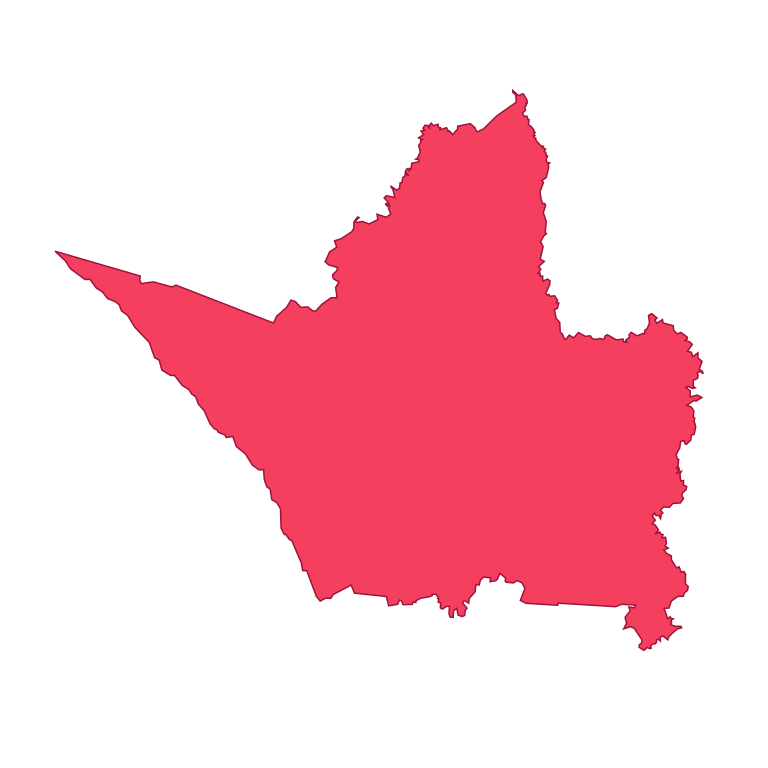 Ozuluama de Mascareñas, Veracruz, Mexico (Robinson projection), rotated 176°
{"feature_id": "50627088B92506226945560", "entity_name": "Ozuluama de Mascareñas", "entity_type": "district", "adm_level": 2, "iso_a3": "MEX", "parent_name": "Mexico", "parent_adm1": "Veracruz", "projection": "robinson", "projection_center": [-97.902, 21.699], "detail": "fine", "context": "isolated", "style": "filled", "palette": "rose", "viewbox_px": 768, "rotation_deg": 176, "n_neighbors": 0, "source": "geoboundaries", "source_scale": "gbopen_adm2", "svg_char_len": 6091}
<svg xmlns="http://www.w3.org/2000/svg" viewBox="0 0 768 768"><g transform="rotate(176 384 384)"><path d="M252.9,643.5L267.0,631.5L272.5,629.3L274.1,629.5L275.4,633.3L279.8,637.7L292.5,636.1L292.7,633.3L298.1,628.0L301.3,632.2L302.3,631.5L303.7,635.3L310.7,633.7L309.8,635.7L312.0,636.5L311.9,639.3L316.7,638.3L318.7,640.9L320.7,638.9L320.8,636.3L322.6,639.0L325.2,639.2L327.3,636.3L325.8,634.2L329.5,633.8L327.2,630.0L332.4,627.1L328.9,625.3L330.4,625.1L330.6,622.2L332.8,619.5L331.7,612.7L334.8,607.0L336.6,606.2L333.8,605.5L333.6,603.3L340.9,602.3L342.0,596.5L343.4,597.2L344.2,595.2L345.2,597.3L346.8,596.5L348.0,594.0L344.6,590.0L348.2,592.2L348.9,589.5L350.7,588.9L352.2,583.5L353.9,583.6L354.9,578.2L357.7,576.5L363.7,581.1L361.5,577.2L360.2,569.3L368.6,571.7L370.9,569.5L366.7,564.6L367.1,562.7L368.7,564.2L369.9,563.4L368.1,560.9L367.1,562.1L365.8,561.3L367.2,558.6L365.4,552.9L370.2,550.2L379.1,553.9L378.7,548.4L387.8,544.7L394.3,547.7L400.6,547.0L400.9,548.9L397.2,551.8L398.8,552.4L402.7,547.7L403.3,541.3L405.6,538.1L416.9,531.8L423.4,530.3L421.6,523.8L429.0,519.6L434.2,510.0L430.9,506.7L422.2,503.4L423.2,500.4L427.7,496.5L427.2,492.5L421.8,489.0L425.5,483.6L424.8,473.4L430.9,473.7L440.6,467.7L447.1,461.4L450.3,462.1L454.6,466.2L461.7,466.3L466.6,472.4L471.0,474.2L475.8,467.2L486.4,459.1L489.9,452.5L584.6,497.1L588.8,495.6L607.0,502.0L619.2,501.1L620.4,504.8L619.6,508.7L702.9,539.4L693.1,528.8L688.7,520.8L675.0,509.1L670.0,508.9L664.2,499.7L658.3,495.4L653.9,488.6L645.9,484.6L642.6,481.4L640.8,475.3L635.0,470.4L628.7,458.1L615.2,441.8L611.0,426.3L606.6,423.5L604.6,413.4L596.4,407.5L592.3,407.1L585.4,396.7L578.9,391.9L576.7,387.6L572.8,384.4L570.6,377.0L565.2,369.8L560.3,356.5L556.5,351.3L553.9,350.0L552.6,347.4L546.3,344.3L545.1,341.7L538.5,342.1L535.5,331.7L527.0,323.8L521.0,312.3L514.6,307.0L510.1,307.0L510.1,297.1L508.1,289.7L504.9,287.1L504.0,276.5L499.3,273.3L496.0,266.7L496.7,247.4L493.9,240.8L492.4,240.7L489.3,235.6L486.8,234.0L478.8,210.8L478.2,203.5L474.1,203.2L466.3,176.9L462.8,171.9L457.0,174.5L452.2,173.8L449.4,177.5L430.8,185.7L428.0,177.4L396.5,171.9L394.8,162.4L385.8,163.3L383.6,167.4L381.6,166.4L380.4,162.5L371.1,162.2L370.5,164.5L367.4,163.9L367.3,165.6L362.6,167.6L353.8,168.6L350.5,169.7L350.5,171.0L346.7,170.5L344.9,167.3L345.5,166.2L344.2,165.8L345.2,162.7L342.8,161.6L343.4,156.7L341.4,155.4L336.9,157.9L334.2,157.5L335.2,150.2L334.3,146.8L331.3,146.3L330.4,152.8L327.1,155.1L326.2,148.3L322.2,146.5L319.6,147.6L318.9,152.2L316.8,154.6L320.5,159.6L320.2,161.7L318.3,162.0L314.8,159.5L313.8,164.2L307.5,170.5L306.4,177.5L303.0,176.8L301.8,181.0L298.2,184.5L291.2,183.2L292.0,179.4L286.5,179.9L284.5,181.3L281.6,187.0L276.2,181.9L276.9,179.0L275.9,177.7L268.8,176.5L264.9,178.7L260.1,175.9L257.7,170.1L263.1,158.6L257.6,155.3L226.0,151.2L225.8,153.2L223.0,152.9L168.4,145.7L162.5,147.7L148.5,145.9L150.1,143.3L155.3,144.5L154.3,140.4L159.8,134.4L158.7,128.5L162.0,123.0L155.1,124.8L151.4,122.8L144.6,110.9L144.9,107.7L147.5,106.1L147.9,103.6L143.3,100.1L139.8,102.8L137.1,101.4L135.8,102.0L136.6,103.6L133.8,106.2L131.9,105.7L130.3,107.1L129.8,109.9L127.8,110.0L126.2,108.3L126.1,112.1L123.3,113.2L118.8,109.0L117.4,112.1L113.4,115.5L108.4,119.2L104.1,120.0L104.7,121.6L110.8,122.0L114.9,124.2L113.7,125.9L114.2,128.0L112.0,129.6L113.8,129.8L114.7,131.8L117.3,130.1L120.3,140.7L115.4,140.6L112.4,147.5L105.5,151.7L100.3,151.3L98.8,154.8L95.7,156.8L94.6,160.7L97.3,163.7L96.4,173.4L98.0,176.1L100.8,175.7L102.4,181.1L105.0,180.0L109.6,188.8L109.3,192.4L114.0,195.4L116.4,199.0L111.9,200.4L114.8,202.7L113.4,205.3L113.8,211.4L117.4,211.2L116.2,214.3L118.4,215.0L119.3,217.2L124.0,215.3L120.4,219.3L123.2,224.4L126.0,225.8L122.8,229.3L125.6,233.5L123.0,236.2L121.9,233.9L119.1,233.6L117.5,230.4L116.4,234.9L114.8,235.9L117.0,238.7L113.8,241.9L107.9,241.1L104.2,244.7L96.6,244.7L93.2,248.8L94.6,251.7L93.8,254.5L90.0,257.5L89.2,260.6L92.3,262.2L91.9,266.8L94.7,266.5L95.1,273.4L93.5,276.1L97.9,274.6L95.3,277.6L95.8,279.9L96.9,278.4L98.2,279.6L96.5,281.4L95.3,288.2L96.7,289.0L97.5,293.3L93.5,299.5L92.1,306.2L88.4,306.3L87.7,303.1L86.6,302.8L81.9,306.6L81.0,311.4L78.1,312.2L76.0,319.7L77.2,325.2L76.4,328.3L77.7,329.7L76.8,335.4L78.9,339.5L83.4,341.7L75.8,346.1L74.0,345.1L67.8,348.4L72.4,351.1L79.5,349.8L79.0,355.7L83.0,359.6L80.6,360.3L76.6,358.0L73.8,358.5L75.6,360.1L75.2,366.0L70.8,367.8L70.0,370.9L71.0,372.4L69.9,373.7L66.5,374.5L66.4,373.6L65.9,372.9L65.4,372.4L65.1,372.4L65.4,374.3L68.6,376.6L65.1,384.4L69.0,388.1L68.6,393.2L74.2,389.8L75.2,394.3L79.0,395.4L73.7,402.0L76.2,404.8L80.6,406.5L78.3,407.9L78.4,409.8L84.3,414.8L87.4,413.6L89.3,414.8L91.3,417.5L91.4,422.0L101.4,425.4L101.7,428.8L107.7,425.6L109.3,429.1L107.0,430.7L112.0,435.5L115.4,433.9L114.9,426.5L117.6,420.8L120.0,419.5L120.7,415.7L122.1,416.4L128.1,414.4L133.9,418.3L136.2,415.9L135.8,413.6L139.9,410.7L138.9,408.7L142.3,409.5L142.4,412.2L149.1,411.8L157.8,417.6L159.8,416.7L161.7,412.9L165.4,414.4L169.5,413.7L172.8,414.5L174.9,417.7L179.8,417.5L186.5,421.8L191.5,416.8L195.8,419.8L199.6,415.8L200.9,416.5L202.6,421.5L204.6,423.5L204.4,433.2L207.7,437.4L208.7,446.5L205.8,447.3L204.0,452.6L206.3,452.9L205.0,455.3L207.6,460.1L212.3,459.9L213.4,462.0L215.0,461.0L216.4,463.0L211.7,471.7L211.2,475.3L213.5,477.2L218.3,475.5L218.3,480.7L220.4,480.4L220.7,483.7L222.6,483.4L219.6,487.6L221.6,490.3L215.5,495.2L219.5,497.5L215.7,509.9L217.9,515.2L214.1,520.8L211.5,522.5L212.6,524.1L210.8,534.5L213.1,543.8L210.3,551.1L211.1,552.8L212.9,552.8L214.3,556.3L214.9,565.1L210.9,573.7L212.3,575.8L207.7,578.7L204.5,589.0L205.0,591.1L203.3,593.0L205.6,593.4L206.7,596.4L205.0,600.0L206.2,600.1L206.4,603.6L207.9,604.9L206.4,607.2L209.5,608.7L208.5,610.0L211.2,610.9L215.8,617.1L215.3,618.1L217.4,620.5L216.2,621.4L217.5,622.0L215.6,624.4L217.2,625.2L216.7,626.7L219.0,630.5L221.8,632.6L220.9,637.6L221.9,637.8L222.7,641.2L225.6,641.3L227.0,644.6L223.9,647.0L224.1,650.5L222.4,652.3L222.7,654.5L221.5,654.3L221.6,657.5L224.9,663.8L229.9,662.4L235.1,667.9L235.2,666.0L232.4,663.1L232.4,655.9L252.9,643.5Z" fill="#f43f5e" stroke="#9f1239" stroke-width="1.5"/></g></svg>